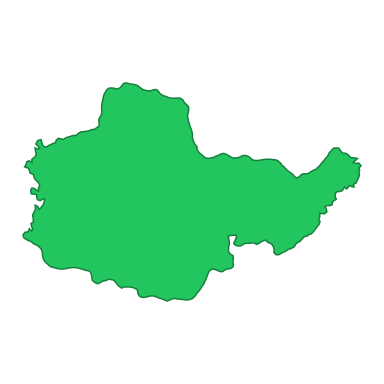 the district of Lagoa Formosa, Minas Gerais, Brazil
{"feature_id": "56859067B15651251561335", "entity_name": "Lagoa Formosa", "entity_type": "district", "adm_level": 2, "iso_a3": "BRA", "parent_name": "Brazil", "parent_adm1": "Minas Gerais", "projection": "robinson", "projection_center": [-46.318, -18.761], "detail": "fine", "context": "isolated", "style": "filled", "palette": "green", "viewbox_px": 384, "rotation_deg": 0, "n_neighbors": 0, "source": "geoboundaries", "source_scale": "gbopen_adm2", "svg_char_len": 4741}
<svg xmlns="http://www.w3.org/2000/svg" viewBox="0 0 384 384"><path d="M357.4,158.5L354.5,157.8L350.9,157.7L348.2,154.7L345.3,153.2L343.2,153.3L341.2,151.7L338.8,148.1L336.0,147.9L333.6,148.2L331.6,150.2L329.2,152.9L327.7,156.2L325.6,158.3L323.3,161.2L320.9,164.0L319.1,166.4L317.3,167.9L315.5,169.5L313.0,170.4L310.8,171.9L308.3,173.3L306.4,174.0L303.6,173.7L301.1,174.8L298.9,177.1L296.1,177.9L293.9,175.7L291.8,173.5L288.5,171.3L285.9,168.9L284.1,166.9L282.2,165.6L280.6,163.2L277.8,160.7L275.3,159.8L272.4,159.6L269.5,159.2L266.5,159.2L264.1,159.4L261.6,159.9L258.3,160.4L255.9,160.5L252.7,160.0L250.2,157.8L248.6,156.5L245.6,155.4L242.7,155.6L240.3,156.9L238.2,157.6L236.0,158.0L233.8,158.1L231.2,157.2L228.8,155.7L226.5,154.3L223.7,153.4L221.1,153.9L218.9,155.0L216.6,155.9L214.4,157.0L211.8,157.9L208.9,158.3L206.5,158.2L204.4,157.1L201.5,154.6L199.0,152.5L197.2,149.8L196.8,146.4L195.0,144.4L193.8,142.0L192.4,137.9L192.5,134.4L192.0,131.8L191.3,129.6L190.5,127.4L189.7,125.2L188.7,121.9L188.1,119.0L187.5,116.1L188.1,113.1L188.7,110.0L188.5,106.5L185.8,104.0L184.2,102.3L182.7,99.7L179.7,98.0L176.3,98.1L172.5,98.3L169.0,97.8L166.1,96.5L162.9,95.5L160.5,94.0L158.7,91.8L156.7,89.6L153.7,89.6L151.8,90.4L149.6,91.0L145.9,90.5L142.6,89.4L140.9,88.1L139.1,86.7L136.9,85.2L134.3,84.5L130.4,84.0L126.7,83.0L123.8,83.3L122.1,85.3L120.5,87.5L117.3,89.1L113.8,88.2L111.3,87.9L108.9,88.2L106.9,89.6L105.7,91.6L104.4,93.7L103.6,95.8L103.1,98.7L102.2,102.3L101.6,105.3L101.6,108.0L101.7,110.9L101.6,114.3L99.8,117.4L98.8,119.7L99.1,122.8L99.1,126.2L96.7,127.7L94.6,129.3L91.5,129.6L89.5,130.6L87.4,131.1L84.4,131.6L80.9,131.9L78.4,133.3L76.2,135.5L73.0,135.5L70.5,136.3L68.5,137.0L66.4,137.5L63.4,139.4L60.5,138.7L58.1,138.4L56.1,140.4L55.6,142.7L53.6,143.1L51.2,144.4L48.7,145.4L47.0,146.7L44.5,146.9L42.5,145.0L41.9,142.5L41.1,139.6L37.8,140.5L35.8,144.0L37.7,145.8L39.5,148.1L37.5,149.1L35.1,147.9L35.6,151.6L36.3,154.8L34.5,157.2L31.9,159.4L31.9,162.4L29.1,160.8L26.8,161.7L26.0,164.7L24.6,166.9L26.4,167.6L28.4,168.1L29.3,170.2L30.1,173.1L33.4,174.4L34.5,178.6L36.8,181.1L38.8,183.1L39.7,185.6L38.4,188.3L38.6,190.9L36.2,190.0L34.1,188.3L31.8,188.1L30.6,190.2L31.2,193.8L34.9,194.3L36.8,194.7L36.7,197.1L37.4,199.6L40.1,200.7L42.5,199.2L44.5,198.8L44.3,201.8L42.9,205.1L41.2,207.5L39.3,209.3L37.6,206.4L35.2,205.2L35.4,209.2L34.2,212.0L32.6,214.7L33.2,218.4L33.3,222.1L31.0,223.5L31.6,226.6L32.7,229.1L31.7,231.1L29.4,228.7L28.1,231.8L24.9,232.3L23.0,235.0L23.7,237.7L25.8,239.2L28.3,240.5L31.3,241.7L33.1,243.4L35.0,244.4L37.7,245.6L40.0,247.7L41.7,250.0L42.4,252.7L42.5,255.7L43.3,258.9L45.3,262.1L47.7,264.3L50.5,266.7L53.9,267.7L55.9,268.1L58.2,268.8L61.7,269.1L65.0,268.8L68.5,268.1L71.7,267.6L74.2,267.5L76.7,267.8L79.6,268.4L83.5,269.7L86.2,270.4L88.5,270.8L90.3,271.8L91.1,273.9L91.8,276.5L92.1,279.9L94.1,282.0L96.0,283.1L97.9,283.8L100.2,282.6L102.6,281.2L105.5,280.7L107.5,279.7L109.8,279.3L113.0,279.9L115.3,281.7L116.7,283.8L119.0,286.3L121.6,288.1L124.3,286.9L126.6,287.0L129.7,287.0L132.9,287.5L135.3,288.6L137.3,289.6L137.9,293.4L139.0,295.7L141.3,297.2L144.2,297.4L146.7,297.0L148.8,296.3L151.8,295.8L155.4,296.5L158.7,297.9L161.2,298.7L163.1,299.4L165.2,300.3L167.4,301.0L169.8,300.0L172.2,298.9L174.6,298.5L176.9,298.9L179.7,299.2L182.3,299.4L185.5,299.9L188.6,299.9L192.5,298.5L195.3,295.8L197.3,292.8L199.6,290.3L201.6,287.0L203.6,284.4L204.6,282.2L206.1,278.9L207.3,275.6L208.2,273.2L209.4,270.9L212.0,269.1L215.2,269.5L218.4,270.9L220.8,271.7L222.9,271.5L224.6,270.1L226.6,269.1L230.6,268.5L232.9,267.0L233.4,264.3L232.9,262.1L233.4,259.0L233.1,255.7L230.4,254.2L228.5,251.6L228.5,247.3L229.2,244.8L229.3,241.8L228.8,239.1L228.0,236.3L230.7,235.5L233.2,235.3L236.1,235.1L236.3,237.9L234.9,240.5L233.8,243.5L235.5,245.3L238.4,246.0L240.9,245.9L242.9,244.5L245.5,243.3L249.5,243.3L252.1,242.8L254.6,243.1L256.4,244.4L259.2,243.2L261.3,241.7L263.5,240.6L265.9,240.1L267.7,242.3L270.1,243.1L272.1,244.6L273.5,247.0L274.1,249.3L273.9,252.5L276.0,254.7L278.9,254.7L282.0,252.8L285.4,251.4L288.3,249.3L290.9,248.6L294.4,246.6L296.2,243.5L298.6,242.0L300.4,240.9L302.2,238.9L304.3,236.7L307.1,236.0L309.2,234.5L311.3,233.9L313.5,231.6L315.7,228.7L317.6,226.1L319.2,224.2L320.0,221.4L318.7,219.6L319.8,216.7L319.7,213.4L321.8,213.6L324.4,213.8L326.9,211.8L326.1,208.3L324.7,206.7L327.1,205.6L329.8,205.6L332.1,204.9L332.3,202.5L333.8,200.8L336.3,199.3L335.2,196.7L335.4,193.3L337.1,191.6L339.8,191.6L342.1,190.7L343.4,188.9L344.8,187.0L346.7,188.9L348.2,187.3L349.5,185.4L351.8,186.7L354.1,187.0L353.3,184.4L356.0,183.1L356.9,180.9L358.4,178.3L359.4,175.1L358.9,172.5L359.6,170.2L359.1,167.9L361.0,165.7L358.6,163.0L355.6,163.5L353.0,162.2L355.3,160.7L357.4,158.5Z" fill="#22c55e" stroke="#15803d" stroke-width="1.5"/></svg>